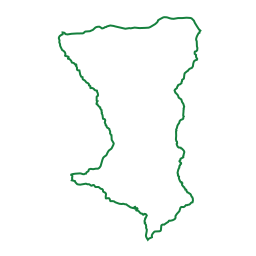 the district of Caramanta, Antioquia, Colombia, rotated 271°
{"feature_id": "7082276B65135534410958", "entity_name": "Caramanta", "entity_type": "district", "adm_level": 2, "iso_a3": "COL", "parent_name": "Colombia", "parent_adm1": "Antioquia", "projection": "albers", "projection_center": [-75.642, 5.562], "detail": "fine", "context": "isolated", "style": "outline", "palette": "green", "viewbox_px": 256, "rotation_deg": 271, "n_neighbors": 0, "source": "geoboundaries", "source_scale": "gbopen_adm2", "svg_char_len": 5803}
<svg xmlns="http://www.w3.org/2000/svg" viewBox="0 0 256 256"><g transform="rotate(271 128 128)"><path d="M16.6,149.8L17.4,150.4L18.0,151.3L19.2,153.9L21.2,153.7L22.8,154.5L24.7,156.1L25.0,156.8L25.3,161.4L25.6,162.0L26.0,162.5L26.7,162.7L30.8,163.0L31.2,163.1L31.6,163.5L32.1,164.5L32.0,165.8L33.8,168.2L34.7,169.7L35.9,170.5L36.1,170.8L36.0,171.9L36.6,174.3L37.7,176.3L39.0,177.1L40.7,177.0L41.3,177.3L42.9,178.3L45.7,180.8L49.1,181.8L49.7,182.3L50.0,182.9L49.9,184.9L50.3,185.8L51.9,187.3L51.9,188.7L52.2,189.1L52.5,190.6L52.9,191.2L54.2,192.3L54.7,193.0L54.8,193.8L56.5,194.2L58.7,194.0L59.5,193.6L59.8,193.6L60.5,192.8L62.4,192.0L63.2,191.4L63.7,190.3L64.3,189.7L64.7,188.4L65.3,188.2L65.8,187.7L67.1,187.4L67.4,187.1L67.4,186.4L68.0,186.3L68.6,185.7L69.7,185.3L70.2,184.5L71.9,183.1L72.9,183.0L73.8,183.3L73.9,183.2L73.9,182.6L74.8,182.5L75.1,181.4L76.3,180.7L78.2,179.9L79.0,179.7L79.9,179.9L80.3,179.9L81.2,178.8L82.0,178.9L82.2,178.7L83.1,178.7L83.9,178.3L86.9,178.9L88.7,179.6L89.2,180.0L90.8,180.0L91.6,180.7L92.6,180.9L93.1,181.7L93.9,181.7L94.1,181.6L95.1,180.4L95.7,180.0L96.4,180.3L96.9,180.9L98.2,181.1L99.6,183.7L99.9,183.9L100.8,183.6L101.5,184.0L102.4,184.1L104.7,184.7L105.5,184.6L106.4,184.1L108.3,182.3L108.5,181.5L109.2,181.1L109.4,178.9L110.2,178.0L111.9,177.2L112.9,176.9L113.6,177.4L115.2,177.2L115.7,176.6L117.5,176.1L120.9,176.3L125.6,176.1L126.2,176.5L126.8,176.2L127.4,176.2L128.6,176.8L131.3,177.4L132.7,178.2L133.7,179.0L135.9,179.6L136.8,180.4L137.2,181.1L137.8,182.6L138.4,183.1L139.8,183.1L140.5,183.6L141.4,183.0L142.3,183.0L145.3,183.2L146.8,183.2L147.4,183.4L148.2,183.2L148.8,183.5L149.7,183.5L150.2,183.8L153.1,182.9L155.0,181.6L157.5,180.8L159.2,178.2L159.5,178.0L160.2,177.9L161.9,177.1L164.0,175.0L164.3,174.6L164.8,174.6L166.2,173.9L166.6,174.0L167.5,174.6L168.7,176.2L169.7,176.4L170.3,176.6L170.8,177.1L171.4,177.1L171.7,177.3L172.2,178.1L172.6,179.3L173.8,180.7L174.9,180.7L175.6,181.2L176.9,181.2L177.3,181.5L177.4,181.8L178.4,183.0L183.0,183.5L183.8,183.8L185.8,186.1L186.1,186.8L187.2,187.5L188.2,188.5L189.3,190.9L190.8,191.8L193.9,192.2L195.8,192.8L196.9,194.1L197.4,195.7L198.2,196.0L198.6,195.9L199.7,195.0L201.2,194.7L202.2,194.8L203.3,193.4L204.5,193.3L205.5,193.5L206.0,195.0L207.0,195.8L209.2,196.0L210.8,195.5L215.9,195.2L217.3,194.6L218.5,194.6L220.0,195.0L221.5,195.6L224.0,196.9L224.4,197.8L226.0,198.0L226.3,198.5L226.6,198.7L227.9,197.2L230.7,195.3L234.3,193.0L236.5,192.0L238.7,189.7L239.1,188.5L239.3,184.7L238.9,180.7L238.8,176.2L238.0,172.0L238.0,170.1L238.4,168.0L239.2,165.5L239.4,164.3L239.4,162.1L239.1,161.1L237.1,157.5L236.1,156.1L235.1,155.9L234.1,155.2L232.4,153.4L229.4,148.6L228.7,147.0L228.4,143.3L228.1,137.7L228.5,132.9L227.7,128.9L227.9,127.6L227.2,123.6L229.3,113.6L229.8,111.7L230.2,108.5L229.2,105.2L228.6,104.4L228.4,103.2L227.5,101.9L227.1,100.3L228.2,98.7L228.8,97.5L228.7,96.1L228.4,94.8L227.9,93.7L225.5,91.2L224.5,89.0L224.1,88.2L223.7,83.7L223.2,82.9L222.1,81.9L221.8,80.9L221.6,75.0L221.2,69.8L220.5,65.9L220.8,63.8L221.8,63.1L222.2,62.4L222.4,60.9L220.5,61.0L219.5,59.0L219.1,58.8L218.8,58.2L218.1,57.7L217.0,57.3L216.4,57.3L214.4,58.0L212.5,57.8L210.6,58.6L209.0,58.7L204.8,60.8L204.0,62.2L202.6,63.6L201.1,64.1L200.2,64.1L199.4,63.8L199.0,64.0L198.5,66.4L198.1,67.3L197.6,67.4L196.7,66.8L196.3,66.8L196.1,67.3L195.9,68.3L195.4,68.9L194.2,70.0L192.5,70.7L192.0,72.7L191.0,73.6L190.6,75.1L190.0,75.3L189.4,74.7L189.2,74.8L188.8,75.3L187.3,76.0L186.0,75.9L185.2,76.2L184.9,76.6L184.7,78.4L180.5,79.3L178.5,80.3L178.0,81.7L176.9,81.7L175.9,82.0L174.6,84.2L172.8,85.6L172.1,87.2L171.5,87.9L171.2,88.1L170.0,88.2L169.8,88.4L169.7,89.1L169.2,89.6L167.4,89.7L167.2,90.1L167.4,90.9L167.2,92.0L166.4,93.3L165.8,93.6L165.1,94.6L164.8,96.3L163.5,96.5L162.4,97.1L160.4,97.5L159.5,97.2L159.0,96.3L158.5,96.1L154.7,96.2L154.3,96.5L154.2,97.0L153.6,96.6L152.1,96.1L151.5,96.1L151.2,96.3L151.1,97.1L150.3,97.4L148.7,98.9L148.2,99.8L147.4,99.8L147.2,100.1L146.5,100.3L145.8,100.7L145.4,101.3L143.9,101.3L142.9,101.7L142.4,101.4L140.4,102.3L137.0,102.8L136.8,102.9L136.4,104.5L135.7,105.0L135.1,105.1L133.0,104.7L131.4,105.5L130.5,105.6L130.3,105.7L130.2,106.2L129.7,106.5L128.9,106.6L127.9,107.3L127.6,108.1L126.7,109.3L125.9,109.4L124.6,110.1L123.6,110.3L122.8,110.1L122.2,110.2L121.7,110.6L121.0,110.9L120.6,111.6L120.4,111.6L115.9,111.9L112.8,113.8L112.1,114.0L110.8,113.6L107.6,112.1L107.0,111.7L105.1,109.2L103.1,108.0L100.9,107.1L100.2,106.6L98.9,104.8L97.9,103.8L95.9,103.0L89.5,101.3L88.1,100.4L87.6,99.9L86.9,98.9L86.8,98.5L86.8,96.7L86.2,93.8L86.5,91.5L86.2,90.3L85.8,89.6L84.1,89.1L83.0,87.4L82.5,87.1L81.7,86.9L81.5,85.7L81.0,84.8L81.1,83.6L81.7,81.7L81.8,80.7L81.4,76.2L81.0,73.7L80.6,72.4L80.5,72.1L80.1,72.0L79.4,73.1L78.1,73.2L77.1,72.9L75.8,73.2L74.7,72.7L74.0,75.9L72.9,76.3L71.3,77.8L70.9,78.3L70.7,79.2L70.5,81.2L71.6,86.9L71.0,88.5L71.1,89.7L71.0,90.3L69.7,92.2L69.7,92.8L70.2,93.6L70.4,94.3L70.3,94.9L68.5,96.4L68.4,96.9L68.5,99.4L68.3,99.9L66.9,101.6L66.4,103.4L65.6,104.0L64.2,104.2L63.8,104.5L63.0,106.2L62.4,106.8L61.6,107.2L58.8,106.9L57.3,107.1L57.2,107.4L57.5,109.4L57.4,110.3L57.0,110.7L54.6,111.7L54.6,114.0L54.4,115.3L53.5,116.6L52.1,120.7L51.9,122.7L51.9,123.5L52.2,124.3L51.7,126.3L51.6,127.7L50.5,129.0L50.1,130.0L49.5,130.6L48.7,132.0L48.0,134.6L48.0,134.9L49.1,135.9L49.3,136.5L48.8,136.8L47.6,136.6L47.6,136.8L48.0,138.5L47.4,138.9L47.1,138.8L46.3,137.7L45.8,137.7L45.6,138.2L45.6,139.2L45.1,140.0L44.8,140.4L43.6,141.3L42.7,142.6L42.6,143.6L41.5,144.7L41.7,145.2L42.4,145.8L42.2,146.4L42.3,147.0L42.0,147.5L40.9,148.3L38.3,147.2L38.0,146.7L37.0,146.7L35.7,146.2L34.6,146.2L33.9,146.7L33.3,146.3L33.0,146.4L32.0,147.3L31.5,147.6L29.8,147.9L28.6,147.8L27.7,148.1L26.8,148.6L25.0,148.5L21.1,147.8L19.7,148.0L18.5,148.6L16.6,149.8Z" fill="none" stroke="#15803d" stroke-width="2"/></g></svg>